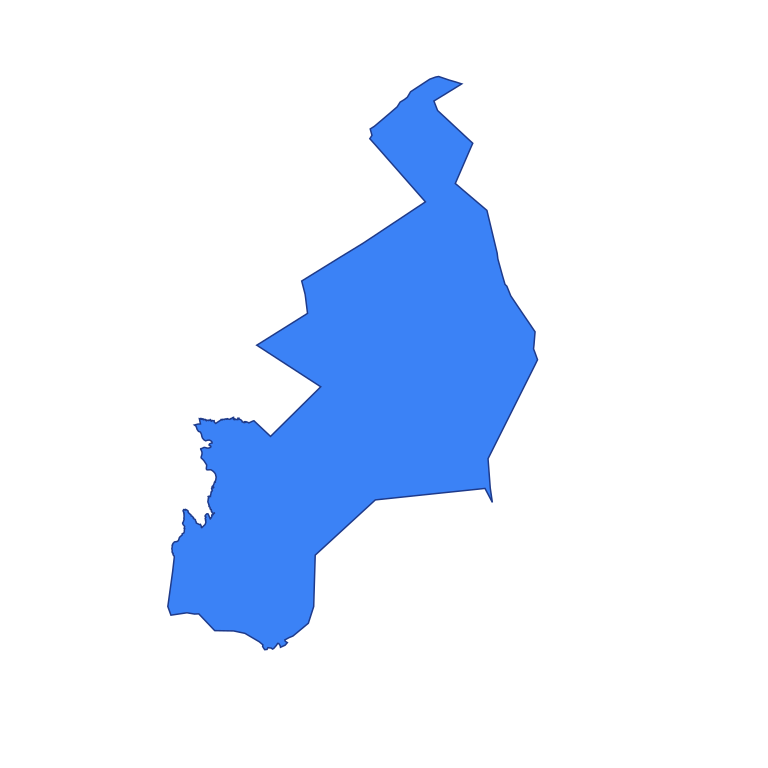 Magdalena Tequisistlán, Oaxaca, Mexico (Robinson projection), rotated 27°
{"feature_id": "50627088B13357579545804", "entity_name": "Magdalena Tequisistlán", "entity_type": "district", "adm_level": 2, "iso_a3": "MEX", "parent_name": "Mexico", "parent_adm1": "Oaxaca", "projection": "robinson", "projection_center": [-95.732, 16.362], "detail": "fine", "context": "isolated", "style": "filled", "palette": "blue", "viewbox_px": 768, "rotation_deg": 27, "n_neighbors": 0, "source": "geoboundaries", "source_scale": "gbopen_adm2", "svg_char_len": 5909}
<svg xmlns="http://www.w3.org/2000/svg" viewBox="0 0 768 768"><g transform="rotate(27 384 384)"><path d="M299.1,686.7L312.3,677.3L319.6,675.0L323.3,672.9L345.1,680.6L362.1,672.3L373.3,669.3L389.9,670.3L394.5,671.4L394.6,671.7L395.0,673.0L398.3,674.9L400.3,673.6L400.3,671.6L403.4,670.5L405.0,670.8L405.8,669.7L406.8,665.8L407.0,663.4L408.0,663.0L410.2,664.2L411.3,665.6L414.5,661.6L415.3,658.3L412.9,658.1L411.8,657.1L414.6,653.0L417.3,649.9L420.5,642.5L425.2,631.5L422.4,614.2L417.6,604.1L400.4,567.7L428.9,491.2L484.2,455.3L521.4,431.2L534.3,440.3L525.8,428.3L510.6,403.3L510.6,401.1L509.9,298.2L509.8,294.0L509.8,292.9L509.8,292.7L504.4,287.6L501.3,284.8L499.9,281.1L494.9,268.9L468.2,254.2L456.9,247.9L449.1,241.1L446.6,240.3L440.2,233.5L428.7,220.9L425.4,216.0L396.9,182.6L366.6,175.4L358.9,173.5L356.5,173.0L354.0,133.3L353.8,129.2L346.0,127.0L307.6,116.0L300.0,109.2L314.3,85.8L317.0,81.3L314.1,81.8L310.9,82.3L304.2,83.6L293.1,85.2L292.3,85.8L290.6,87.1L286.4,91.6L275.0,111.5L274.6,117.9L273.0,121.3L270.4,125.5L269.9,131.1L265.7,141.4L258.4,158.8L255.9,163.0L260.4,167.9L260.0,171.9L267.3,174.7L338.2,202.9L301.6,267.8L287.9,290.1L263.9,329.6L271.6,338.3L273.0,339.9L274.8,342.5L283.8,355.8L253.0,407.2L257.7,407.7L328.9,415.2L306.7,482.2L284.8,475.8L283.6,477.0L281.3,480.0L280.0,480.0L278.0,480.3L277.2,480.7L277.9,481.1L276.8,482.0L276.1,481.9L274.8,482.1L274.4,481.5L273.1,481.0L272.2,480.9L271.1,481.1L270.8,480.9L270.3,480.3L269.3,480.9L269.6,481.4L269.9,482.1L268.9,482.6L267.1,482.8L267.3,483.5L266.6,483.8L265.8,483.7L265.7,482.8L265.1,482.0L264.3,482.8L263.7,484.2L263.1,484.4L262.8,485.4L261.9,485.8L260.9,486.0L260.4,486.4L260.2,486.0L259.8,486.2L259.4,487.0L258.3,487.2L257.8,488.2L257.0,488.4L256.2,488.8L256.0,489.6L255.0,489.5L254.9,490.3L254.3,491.4L253.4,492.9L252.0,495.5L251.7,495.4L251.0,495.3L250.0,494.9L249.3,493.8L248.9,494.1L248.4,494.3L247.9,494.3L247.5,494.8L247.2,495.0L247.0,495.5L246.5,495.3L246.1,494.7L245.4,494.6L245.4,495.4L244.5,495.6L244.4,496.1L243.9,496.0L243.5,496.2L243.0,496.7L242.5,496.7L242.3,497.4L241.7,497.2L241.7,496.8L240.9,496.7L240.3,496.9L239.8,497.7L239.2,497.5L238.9,497.7L238.6,497.2L238.0,497.5L238.0,498.0L237.1,498.4L236.7,497.8L236.2,498.0L235.9,498.5L235.2,498.7L238.6,502.9L237.5,503.6L236.5,504.1L233.7,506.6L235.6,506.9L236.9,508.1L238.1,509.3L240.2,510.4L242.2,510.2L244.2,511.7L245.4,513.3L246.8,514.6L248.9,515.5L250.9,515.6L252.3,514.2L253.9,513.2L255.6,513.2L257.1,513.8L257.6,514.6L256.6,515.5L255.9,516.3L255.7,517.0L255.7,517.4L255.8,517.7L256.1,518.0L256.4,518.1L256.9,517.9L257.5,517.8L258.0,518.1L258.3,518.7L257.9,519.6L257.1,520.5L256.0,521.2L255.0,521.5L254.1,521.6L253.3,521.9L252.5,522.1L251.9,522.9L251.5,523.4L251.1,523.9L250.7,524.4L250.1,524.8L250.1,525.1L250.5,525.5L251.2,526.0L252.5,527.1L253.2,528.1L253.7,529.3L254.0,530.7L254.2,532.2L254.7,532.9L257.1,533.6L258.4,534.1L262.7,536.6L263.3,537.9L263.7,539.1L264.1,540.1L264.8,540.8L265.3,540.8L266.0,540.5L266.7,540.1L267.5,539.6L268.3,539.2L269.1,539.0L270.7,539.2L272.0,539.5L273.0,539.9L274.1,540.4L274.8,540.9L275.4,541.6L275.9,542.3L276.6,542.9L276.8,543.0L276.9,543.8L277.5,545.3L277.7,546.3L277.7,547.0L277.8,547.4L278.0,547.6L278.3,547.9L278.3,548.1L278.2,548.2L277.8,548.1L277.6,548.0L277.5,548.5L277.6,548.8L277.7,549.3L277.8,549.9L277.9,550.4L277.9,551.2L277.9,551.6L278.1,552.1L277.9,552.4L277.6,552.7L277.5,553.0L277.5,553.3L277.5,553.5L278.0,553.5L278.4,553.5L279.1,553.3L279.3,553.6L279.1,554.0L277.9,554.7L277.7,554.9L277.7,555.2L277.9,555.4L278.2,555.8L278.7,556.0L278.8,556.5L279.2,556.8L279.5,557.0L279.4,557.4L279.1,558.1L279.0,558.8L279.4,559.2L279.3,559.7L279.5,560.0L279.7,560.7L279.8,561.5L280.2,562.3L280.3,562.8L280.4,563.0L280.0,563.1L279.6,563.4L279.1,563.3L278.9,563.5L278.8,563.8L278.4,564.1L278.4,564.3L279.4,564.7L279.6,565.1L279.4,565.7L279.7,566.4L279.9,567.2L280.2,567.5L280.2,568.1L280.6,569.0L281.4,569.8L282.2,570.4L282.7,571.2L283.3,571.4L283.6,572.5L284.0,572.7L284.6,572.7L285.2,573.1L285.5,573.5L285.6,574.0L286.2,574.4L286.6,574.3L287.1,574.3L287.3,574.7L287.6,575.1L287.6,575.5L287.9,575.7L288.4,575.7L288.7,576.1L289.1,576.6L290.0,576.9L290.7,576.7L291.0,576.5L291.1,576.1L291.3,575.9L291.5,576.0L291.4,576.4L291.0,576.9L291.0,577.7L290.9,578.3L290.3,578.5L290.0,579.0L290.3,579.5L290.8,580.2L290.8,580.8L290.6,581.5L290.7,582.3L290.4,583.1L290.2,583.0L289.7,582.4L288.4,581.4L287.5,580.6L287.0,580.2L286.4,579.8L286.1,579.6L285.6,579.8L285.0,580.2L284.9,580.8L284.7,581.0L284.4,582.4L285.1,583.1L285.0,583.4L285.8,583.5L285.8,585.2L286.5,585.7L286.6,586.1L287.0,586.1L287.2,587.0L287.8,587.6L288.1,588.2L288.4,590.4L286.9,594.7L286.2,594.5L286.0,593.8L284.9,593.0L284.2,592.4L284.0,592.6L283.8,592.9L282.4,593.1L281.8,593.0L280.5,593.1L279.8,593.0L279.3,592.2L278.2,591.5L277.7,590.7L277.0,590.4L275.3,590.4L275.0,589.6L273.8,589.2L273.3,588.9L272.1,589.1L271.5,588.3L270.3,588.0L268.5,587.5L267.8,587.2L267.1,586.1L265.8,585.8L264.7,585.8L264.0,585.9L264.0,586.7L262.9,586.6L262.5,586.8L262.5,588.2L263.5,589.1L264.0,589.2L264.3,590.1L264.9,590.4L265.0,590.6L265.1,591.4L265.7,592.1L266.3,593.4L266.6,594.5L267.3,595.1L267.3,595.4L267.4,595.9L267.7,597.5L267.8,598.2L267.7,598.5L267.7,599.4L268.9,600.5L269.8,600.8L270.4,601.1L270.9,601.3L271.2,602.0L271.5,603.4L272.1,603.4L272.2,604.1L272.5,605.1L272.7,605.4L273.0,605.9L273.3,607.5L273.0,608.0L272.2,609.1L272.7,610.1L272.6,610.4L271.6,612.8L271.4,613.8L271.6,614.8L271.7,615.7L271.8,616.5L271.6,617.6L271.3,618.1L270.9,618.3L270.6,618.8L270.1,619.0L268.9,619.9L268.7,621.0L268.4,621.6L268.4,622.6L268.7,623.4L268.4,623.8L269.3,625.4L269.6,626.6L269.7,627.0L270.1,627.5L271.1,628.8L271.1,629.2L271.4,629.6L271.5,629.9L271.9,630.2L271.9,630.3L272.3,630.6L273.0,630.6L273.2,631.4L273.5,631.7L274.2,632.3L274.6,632.3L274.8,632.5L275.2,632.7L275.7,633.4L275.8,633.6L280.8,647.0L292.4,680.4L299.1,686.7Z" fill="#3b82f6" stroke="#1e3a8a" stroke-width="1.5"/></g></svg>